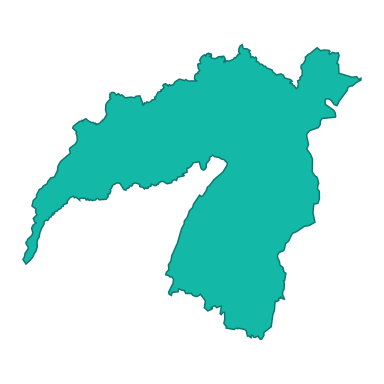 Aipe, Huila, Colombia (Albers equal-area conic projection)
{"feature_id": "7082276B31723879079802", "entity_name": "Aipe", "entity_type": "district", "adm_level": 2, "iso_a3": "COL", "parent_name": "Colombia", "parent_adm1": "Huila", "projection": "albers", "projection_center": [-75.403, 3.239], "detail": "fine", "context": "isolated", "style": "filled", "palette": "teal", "viewbox_px": 384, "rotation_deg": 0, "n_neighbors": 0, "source": "geoboundaries", "source_scale": "gbopen_adm2", "svg_char_len": 5864}
<svg xmlns="http://www.w3.org/2000/svg" viewBox="0 0 384 384"><path d="M284.6,280.7L285.9,273.3L284.0,271.9L282.8,267.3L280.1,265.3L279.4,261.5L277.4,257.0L277.6,254.9L279.0,252.5L282.8,251.0L284.3,249.6L285.5,243.8L288.7,241.0L291.7,234.5L293.0,233.1L295.9,232.0L304.6,226.2L309.1,225.6L315.0,222.2L312.9,212.7L313.8,204.1L317.8,203.4L319.4,198.9L319.3,191.3L317.5,189.0L317.9,184.8L318.7,183.7L317.9,179.8L317.0,177.2L314.8,175.7L312.3,172.1L312.5,159.0L310.3,153.9L306.8,149.1L308.5,144.3L306.6,135.8L307.0,133.7L309.9,130.5L318.3,127.6L320.2,124.6L320.5,120.9L322.1,118.5L335.2,117.2L335.7,116.4L335.2,112.8L333.7,110.3L325.4,104.4L325.0,101.3L325.7,98.8L329.1,99.0L331.2,100.4L334.3,104.7L337.1,105.6L339.2,101.1L347.3,90.2L347.8,87.5L350.0,86.1L352.4,85.9L356.5,82.4L360.8,80.2L361.0,78.3L359.2,79.1L358.3,78.8L356.7,76.7L351.9,77.2L338.9,73.2L338.6,64.3L337.0,63.5L339.1,55.6L338.2,52.8L335.5,53.2L332.7,52.4L329.8,54.4L328.9,53.4L329.9,51.6L329.5,50.5L324.0,50.0L320.6,50.7L317.1,47.7L310.1,53.6L308.6,54.1L305.3,57.2L305.5,59.8L303.5,63.5L301.3,65.1L300.9,67.7L302.3,70.5L302.1,75.4L299.9,77.5L300.1,79.7L297.6,80.9L298.3,83.6L297.8,87.3L296.3,88.6L294.3,85.9L292.4,84.8L292.1,83.5L289.9,83.2L289.9,82.4L292.2,81.3L290.6,79.6L284.6,78.0L283.4,75.2L281.0,73.9L276.4,74.9L272.9,72.0L272.0,69.9L266.7,68.0L265.4,66.2L264.0,66.2L262.1,64.4L260.1,64.1L257.7,61.6L256.2,61.3L256.6,58.3L255.6,57.1L254.3,57.9L252.7,56.6L250.8,57.5L250.5,53.7L249.0,52.2L250.1,50.7L247.3,48.9L243.9,48.7L242.9,47.7L242.2,44.7L240.3,45.8L238.9,48.7L238.7,51.8L240.1,53.9L238.1,54.4L235.9,57.6L234.4,57.7L233.2,59.4L229.1,61.1L225.9,60.6L224.8,62.3L223.8,62.0L225.3,59.0L223.8,56.3L222.3,56.3L221.8,57.4L220.6,56.5L218.4,56.8L215.7,58.6L211.9,58.3L211.4,57.1L210.0,56.5L211.5,55.7L211.3,54.2L210.1,53.7L209.2,54.4L208.6,53.2L206.8,53.9L205.8,55.9L204.9,54.8L203.5,55.3L201.4,57.0L199.7,60.2L200.5,62.1L200.2,63.7L198.3,63.8L197.7,64.6L198.4,68.6L199.8,70.5L197.9,72.3L198.2,73.2L196.5,73.6L194.8,75.4L194.5,79.0L196.5,80.9L188.2,81.0L185.9,79.6L184.5,80.5L179.4,79.1L175.1,81.8L173.4,84.4L170.8,85.5L169.4,84.6L168.4,85.9L167.6,85.0L166.4,85.2L165.8,83.7L164.1,84.1L162.8,85.5L164.0,87.3L162.4,89.4L160.8,90.1L161.2,91.4L158.0,92.2L155.6,97.0L154.6,97.2L155.1,99.3L152.1,99.9L149.9,102.2L148.1,102.5L147.0,101.8L146.0,103.2L144.6,102.9L143.5,105.2L142.6,104.7L142.9,103.7L139.8,95.8L135.9,96.3L134.5,97.8L131.3,97.1L125.2,97.8L121.9,94.9L120.2,95.5L118.5,93.6L116.3,95.0L114.6,92.9L112.2,92.3L110.3,93.4L109.6,94.7L110.5,96.0L109.5,97.3L110.6,98.8L107.2,102.2L105.9,104.7L105.5,109.8L106.8,114.4L104.0,119.2L102.6,120.1L102.8,121.0L101.3,121.2L100.2,122.8L97.9,124.2L96.9,123.8L96.2,124.7L95.1,123.0L94.1,123.4L93.2,122.4L91.7,122.6L88.5,121.0L85.9,118.7L83.7,120.0L82.9,121.3L82.0,120.3L81.2,121.2L79.3,121.5L73.3,126.3L72.7,128.1L76.7,131.9L76.0,132.9L77.1,136.5L77.2,141.1L74.9,144.4L70.1,147.9L69.4,149.4L70.4,153.1L60.5,161.6L58.0,166.1L57.5,170.3L54.5,177.0L50.8,177.8L47.7,181.7L47.2,183.7L43.4,185.9L41.6,188.5L39.3,189.5L36.7,194.8L36.4,197.5L33.3,200.4L32.0,206.1L35.9,208.8L35.6,212.3L36.9,214.8L33.3,218.4L34.6,221.8L36.0,223.0L32.9,225.3L31.6,228.2L32.8,232.5L32.0,235.2L27.6,239.4L27.3,240.9L25.9,242.4L26.1,243.9L28.1,246.9L28.1,248.9L25.1,253.2L24.3,257.2L23.0,259.5L26.0,264.1L30.7,259.7L33.0,256.6L34.6,252.7L35.6,252.0L37.3,246.7L37.0,242.8L37.6,239.6L39.3,236.8L39.7,233.3L41.4,228.8L44.1,224.0L44.0,221.9L45.9,220.0L47.7,220.5L49.0,218.8L49.1,217.6L51.2,216.8L51.6,215.3L53.0,214.8L52.6,214.1L53.6,213.9L53.2,213.2L54.7,213.1L54.7,212.0L55.8,211.2L57.0,211.2L58.3,209.6L60.9,208.3L61.7,206.6L63.2,206.2L63.5,204.7L67.2,203.2L67.3,201.1L70.4,197.3L73.6,196.2L74.3,197.8L76.0,197.1L79.6,200.1L79.4,199.1L80.6,198.1L85.5,198.3L86.2,200.0L87.7,199.7L87.8,198.1L88.5,200.0L89.7,200.4L90.5,199.6L92.4,200.6L95.9,199.8L96.3,198.5L98.4,198.7L99.1,199.8L106.1,199.3L108.2,196.5L108.0,193.8L109.8,193.9L110.8,190.9L110.0,189.5L111.3,188.5L112.7,185.3L116.9,182.9L119.9,183.3L123.9,189.6L126.0,190.2L126.9,188.5L129.0,187.8L129.8,185.9L131.5,186.1L132.5,185.3L132.7,183.8L135.7,182.9L139.6,184.4L139.8,186.6L143.2,187.4L144.3,189.0L145.9,187.8L146.8,188.5L148.2,188.1L148.3,187.0L150.9,186.2L151.4,184.2L155.0,185.6L156.5,185.4L157.0,184.2L158.4,184.1L159.2,182.6L160.9,181.7L163.1,181.3L167.1,183.8L171.7,182.7L172.1,181.0L173.4,180.2L174.9,179.7L176.6,180.5L177.5,177.2L183.9,175.9L184.2,175.4L182.6,174.5L182.6,173.9L187.1,172.2L186.8,168.3L188.7,168.1L191.1,166.1L193.5,162.7L199.2,161.8L201.2,168.7L203.2,170.0L204.5,169.8L206.3,167.4L206.3,163.7L209.7,159.6L209.6,157.3L212.8,155.1L214.7,156.7L219.1,157.4L220.9,158.8L224.0,159.6L227.3,163.2L227.1,165.1L222.9,172.1L213.9,179.7L209.3,185.8L207.5,187.0L206.2,190.7L202.6,196.1L201.2,196.4L199.6,195.1L193.4,204.5L192.7,207.5L189.5,210.7L187.3,217.2L184.3,221.1L184.1,224.0L181.5,228.9L177.4,243.2L171.8,255.6L170.9,261.0L168.4,264.8L168.9,269.6L166.4,272.4L165.7,274.8L168.8,275.7L170.1,277.0L171.7,276.9L173.5,279.2L173.0,283.4L168.6,292.1L169.1,294.2L171.4,295.4L172.2,292.4L178.1,291.8L178.7,288.7L182.3,290.4L184.2,290.5L185.8,293.5L191.4,293.5L192.8,295.4L196.4,296.6L199.0,295.6L200.4,294.2L205.4,300.8L204.3,307.7L207.9,310.9L211.2,309.5L211.2,308.2L212.3,308.7L212.1,306.9L214.8,305.7L216.7,307.7L219.7,306.4L221.4,306.4L220.1,313.8L221.2,314.6L223.1,312.3L224.5,312.4L224.8,318.9L223.9,323.6L226.4,326.5L226.0,328.0L234.1,329.5L235.4,328.6L236.9,328.2L237.9,328.8L238.6,328.2L245.0,329.5L246.2,330.8L247.5,336.1L248.3,335.8L251.1,337.7L251.6,335.0L253.3,336.2L253.5,337.2L255.0,337.4L258.0,336.1L260.2,339.3L261.8,339.0L263.9,335.6L263.9,332.5L271.2,326.8L272.8,314.8L274.4,310.5L275.1,301.4L276.9,301.5L278.8,300.4L278.7,298.4L280.1,298.3L280.5,297.2L282.8,298.9L284.4,299.1L282.5,294.3L282.7,291.8L284.1,288.9L284.3,284.0L283.6,280.7L284.6,280.7Z" fill="#14b8a6" stroke="#0f766e" stroke-width="1.5"/></svg>